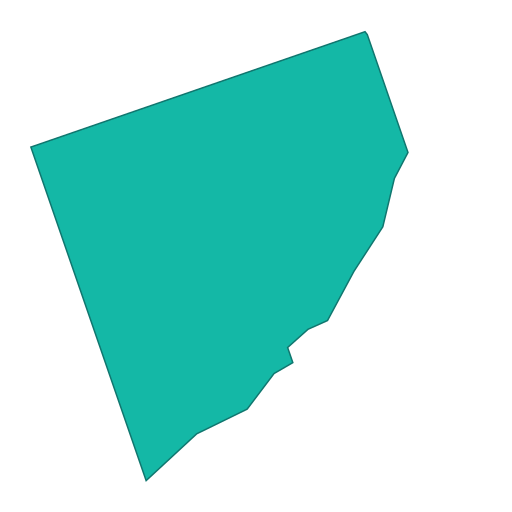 Polk, Nebraska, United States of America, rotated 161°
{"feature_id": "52423323B76497945553025", "entity_name": "Polk", "entity_type": "district", "adm_level": 2, "iso_a3": "USA", "parent_name": "United States of America", "parent_adm1": "Nebraska", "projection": "equal_earth", "projection_center": [-97.618, 41.222], "detail": "fine", "context": "isolated", "style": "filled", "palette": "teal", "viewbox_px": 512, "rotation_deg": 161, "n_neighbors": 0, "source": "geoboundaries", "source_scale": "gbopen_adm2", "svg_char_len": 358}
<svg xmlns="http://www.w3.org/2000/svg" viewBox="0 0 512 512"><g transform="rotate(161 256 256)"><path d="M433.4,432.3L433.0,79.4L369.9,107.2L314.2,114.1L277.2,139.0L255.9,143.2L255.9,159.2L230.6,169.8L209.4,171.7L168.3,209.7L126.6,242.3L99.9,284.3L78.6,304.4L78.7,429.1L79.9,432.6L433.4,432.3Z" fill="#14b8a6" stroke="#0f766e" stroke-width="1.5"/></g></svg>